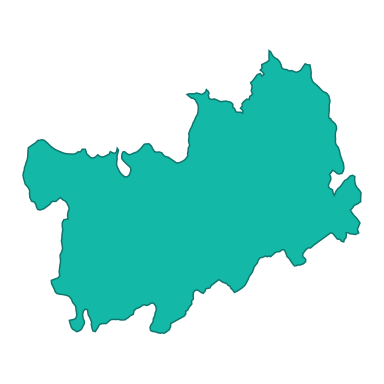 the district of Piracicaba, São Paulo, Brazil
{"feature_id": "56859067B64041724273684", "entity_name": "Piracicaba", "entity_type": "district", "adm_level": 2, "iso_a3": "BRA", "parent_name": "Brazil", "parent_adm1": "São Paulo", "projection": "equal_earth", "projection_center": [-47.797, -22.712], "detail": "fine", "context": "isolated", "style": "filled", "palette": "teal", "viewbox_px": 384, "rotation_deg": 0, "n_neighbors": 0, "source": "geoboundaries", "source_scale": "gbopen_adm2", "svg_char_len": 5926}
<svg xmlns="http://www.w3.org/2000/svg" viewBox="0 0 384 384"><path d="M51.3,280.4L51.6,283.6L54.6,289.8L55.4,292.1L57.1,293.6L58.7,294.0L64.3,294.8L66.7,295.4L69.2,296.4L71.2,298.9L72.8,302.6L75.6,306.1L76.1,309.9L76.9,315.0L75.9,318.2L74.1,319.3L69.3,320.4L70.3,324.1L71.4,327.5L72.8,329.3L74.8,330.4L76.8,331.7L78.5,331.2L81.3,329.5L82.4,327.4L84.3,323.6L84.4,321.5L82.9,317.8L82.7,314.3L83.4,311.2L85.1,309.2L87.4,309.6L88.3,315.0L89.6,317.1L91.6,322.0L91.3,324.7L92.0,328.0L92.9,330.9L95.2,331.6L97.6,328.0L98.8,325.5L100.1,324.2L102.4,323.6L106.1,323.6L108.2,321.9L110.9,319.6L113.6,319.4L116.6,319.5L118.2,319.3L120.4,319.9L122.5,320.0L124.9,319.8L128.1,317.7L130.6,315.5L133.3,314.4L133.9,310.9L136.3,308.6L139.0,307.7L141.3,306.3L142.6,305.1L144.7,304.7L146.2,305.5L149.0,304.7L150.6,303.4L152.3,302.8L154.2,303.9L156.0,306.7L156.3,310.2L155.2,312.8L154.8,315.7L153.4,318.5L153.0,322.0L151.0,324.9L150.0,327.4L150.6,330.6L152.9,331.5L155.5,331.8L157.8,332.8L160.3,333.2L162.1,332.8L163.8,333.3L165.9,332.3L167.7,330.9L169.2,329.8L170.5,326.8L170.7,323.6L184.2,316.1L185.8,313.9L185.6,311.5L187.6,310.2L189.2,307.2L191.8,304.0L191.5,300.9L193.4,299.0L193.2,296.5L193.4,292.6L194.7,290.8L196.4,289.9L198.5,290.5L200.6,292.1L203.1,293.4L204.9,291.5L205.5,289.2L207.4,288.3L209.7,288.1L211.3,285.5L218.9,279.6L222.2,281.9L224.3,282.8L226.6,283.5L228.2,285.4L230.0,286.2L230.8,288.3L232.6,289.8L234.4,292.4L237.5,291.0L241.8,288.1L243.9,286.3L245.3,284.8L248.2,279.3L249.0,276.9L252.5,271.9L254.0,267.4L255.0,265.7L257.2,263.2L258.3,260.1L260.1,257.8L262.3,257.4L265.6,256.0L267.4,256.8L269.1,256.0L270.6,256.7L274.8,252.9L276.9,251.8L279.7,251.6L282.2,249.7L284.2,249.8L285.8,252.9L287.0,256.5L289.4,258.8L291.1,261.6L292.7,263.8L294.5,265.9L296.4,265.7L297.9,264.9L299.8,265.1L301.3,264.6L303.5,263.7L305.6,261.7L305.7,259.4L304.3,257.7L302.8,256.8L302.8,253.8L305.9,249.7L308.4,247.8L310.5,248.0L314.3,244.7L330.7,232.8L332.8,233.5L337.4,239.1L339.8,239.2L341.5,241.3L343.7,241.9L344.3,239.7L346.0,237.6L346.3,235.5L346.2,232.7L348.1,232.7L350.0,233.8L352.6,234.0L355.3,234.5L358.7,232.9L357.3,229.0L358.3,227.2L359.1,225.0L360.0,223.0L358.4,220.6L356.3,217.8L353.9,215.4L351.7,212.4L350.4,210.3L352.8,207.6L353.9,205.7L355.6,204.7L357.8,203.8L359.2,202.6L360.7,201.7L360.6,198.7L361.0,192.8L359.7,190.6L357.2,187.8L355.5,185.0L354.6,180.4L354.8,176.5L352.6,175.3L350.2,176.0L347.3,179.1L344.8,180.5L343.1,182.6L341.9,184.5L340.2,186.7L337.8,188.8L335.9,191.5L334.3,195.3L333.2,193.4L332.5,189.8L329.2,188.0L328.3,185.6L329.2,183.1L330.6,180.3L330.9,177.5L329.5,174.2L331.6,172.0L332.5,170.2L334.5,171.2L337.1,173.5L339.1,174.0L341.9,173.4L343.3,171.0L343.9,168.1L343.7,165.9L343.3,163.1L342.2,160.7L341.6,158.7L340.4,155.5L339.4,150.7L338.3,147.5L336.0,144.5L335.4,142.3L335.5,138.9L335.3,135.7L335.5,132.3L336.6,128.9L336.3,126.1L335.2,124.0L333.7,122.4L331.5,120.5L330.6,118.6L328.9,118.1L328.7,115.5L329.2,110.2L329.2,105.1L330.0,100.9L328.7,95.7L326.5,93.0L324.2,92.1L322.7,91.2L320.5,89.0L318.5,86.8L316.2,84.6L314.5,83.5L312.6,81.4L311.2,77.6L311.0,75.2L311.2,72.8L310.9,70.2L309.9,64.9L307.6,64.9L305.2,63.8L304.0,65.4L301.0,69.9L299.1,71.3L296.3,72.3L294.4,71.7L291.5,70.5L289.1,70.9L286.9,69.6L284.8,69.4L283.2,69.0L281.7,67.6L280.9,64.4L279.7,61.8L277.4,59.2L274.6,57.7L272.6,55.6L270.6,51.8L269.1,50.7L269.0,56.2L269.1,60.2L266.7,62.2L261.7,64.6L262.0,68.4L260.2,70.1L262.3,71.6L264.1,74.2L261.9,76.1L260.3,73.6L257.3,74.6L254.1,79.0L252.2,81.4L250.6,82.6L252.2,86.4L251.2,90.7L252.6,94.2L249.8,96.4L249.1,99.5L246.7,99.1L243.6,101.7L242.1,103.7L242.3,106.1L240.5,108.2L242.9,110.7L242.7,113.1L240.7,112.2L238.1,112.3L235.9,111.8L234.6,108.7L232.7,107.1L232.9,104.3L230.6,102.2L226.1,101.1L224.3,101.2L220.7,101.7L218.4,100.7L216.0,99.6L214.2,98.9L211.7,99.5L209.3,98.7L208.2,95.3L209.1,93.3L208.1,91.2L206.4,89.6L205.1,92.5L203.1,93.7L201.4,94.5L199.7,93.8L196.4,93.0L194.3,93.8L188.9,93.8L187.0,94.5L189.1,96.3L191.6,98.2L193.7,98.5L195.2,99.7L198.0,104.9L198.3,107.5L198.1,111.1L197.6,114.1L195.8,117.1L194.5,120.4L193.2,122.6L192.4,125.1L191.6,127.0L190.2,129.5L188.8,133.6L189.2,136.8L188.6,139.6L188.7,141.9L189.7,145.3L188.3,148.0L188.1,151.0L187.6,153.2L187.7,156.1L186.0,158.4L184.7,159.9L181.3,161.9L179.5,162.6L177.6,163.1L175.9,162.5L168.4,157.3L165.0,156.4L162.9,154.5L161.8,152.8L159.4,152.0L156.2,152.2L154.5,151.5L153.0,149.4L151.3,145.9L149.2,143.9L146.2,143.9L144.2,144.3L140.5,148.8L138.3,150.8L136.7,152.0L133.4,153.2L131.3,154.2L129.2,154.8L127.0,153.7L124.9,151.9L123.2,151.7L122.2,153.4L121.7,156.3L121.9,158.8L123.7,161.1L127.1,164.5L128.6,165.8L130.6,167.8L130.8,170.7L130.0,173.3L128.9,175.4L127.0,176.9L124.7,176.8L121.6,174.3L119.9,172.2L119.0,170.5L117.1,166.6L116.5,164.1L117.1,158.7L117.0,155.6L117.8,153.1L118.5,150.1L117.2,148.3L116.6,151.5L115.0,153.4L112.3,152.7L110.3,151.6L109.0,154.3L103.7,156.8L101.8,157.0L99.7,156.2L97.8,154.8L95.1,157.3L92.4,158.1L90.3,157.4L88.5,155.5L86.6,153.7L86.1,151.5L85.3,149.3L82.2,149.3L80.6,151.8L77.9,151.9L76.1,153.4L74.0,154.1L67.9,153.9L65.6,153.6L63.0,152.9L57.7,150.7L56.2,150.0L54.1,148.8L51.7,147.1L50.2,145.8L47.0,142.6L44.1,140.2L41.5,139.8L39.5,140.3L37.8,140.5L35.5,142.9L31.9,145.2L28.3,147.9L28.0,150.8L27.8,155.6L27.4,159.0L26.0,162.9L25.3,165.6L24.4,167.9L24.3,170.1L23.4,172.6L23.0,175.4L23.6,178.3L25.2,184.1L28.4,187.8L29.7,190.6L29.5,193.7L29.8,197.2L31.5,201.1L34.3,202.1L35.9,204.5L36.5,207.0L37.7,209.4L40.0,210.0L42.0,209.4L44.2,208.5L48.9,205.0L50.2,203.8L51.7,201.7L53.4,201.4L55.9,201.4L57.8,199.6L60.4,197.5L62.3,199.4L64.9,200.9L66.6,202.4L67.9,205.1L69.3,208.3L68.2,211.4L67.6,214.1L67.6,216.3L68.2,219.0L66.2,219.2L63.8,219.8L62.3,222.7L62.2,226.3L62.7,229.1L62.5,231.6L62.0,234.5L61.9,238.1L61.4,240.8L62.0,244.0L62.6,248.7L61.4,252.4L60.1,254.9L60.2,257.7L60.5,260.1L60.5,262.4L59.9,265.5L59.2,271.5L59.7,276.0L57.6,278.2L54.9,279.0L51.3,280.4Z" fill="#14b8a6" stroke="#0f766e" stroke-width="1.5"/></svg>